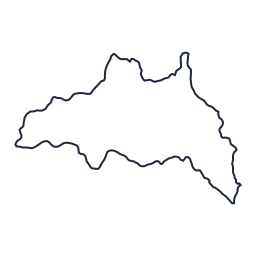 Divisópolis, Minas Gerais, Brazil
{"feature_id": "56859067B65548634153592", "entity_name": "Divisópolis", "entity_type": "district", "adm_level": 2, "iso_a3": "BRA", "parent_name": "Brazil", "parent_adm1": "Minas Gerais", "projection": "natural_earth1", "projection_center": [-40.905, -15.77], "detail": "fine", "context": "isolated", "style": "outline", "palette": "slate", "viewbox_px": 256, "rotation_deg": 0, "n_neighbors": 0, "source": "geoboundaries", "source_scale": "gbopen_adm2", "svg_char_len": 3572}
<svg xmlns="http://www.w3.org/2000/svg" viewBox="0 0 256 256"><path d="M19.6,129.8L20.2,132.1L20.8,133.8L21.4,135.4L21.4,137.4L20.2,139.0L18.6,140.0L17.1,141.2L16.1,142.7L15.4,144.7L16.5,146.3L18.6,146.6L21.1,146.9L22.8,147.5L25.7,147.5L28.0,147.7L29.5,147.9L31.3,148.2L33.1,147.8L34.7,147.1L36.7,145.9L39.0,144.4L41.2,142.7L43.2,141.8L45.0,141.2L47.5,141.2L49.5,142.7L50.9,144.3L52.3,145.5L53.7,146.5L56.1,146.9L58.2,146.5L59.9,145.5L61.7,144.4L63.6,143.2L66.2,142.7L68.8,143.0L71.2,143.4L73.4,144.1L75.1,144.9L76.9,145.5L78.3,147.7L78.5,150.3L78.9,152.8L80.8,153.9L83.2,154.2L85.3,155.9L86.0,158.4L86.5,161.0L87.7,162.7L89.1,164.7L90.4,166.9L92.0,168.2L93.6,168.5L95.9,168.9L98.4,168.8L100.0,166.6L100.8,164.9L102.0,163.0L103.7,160.4L104.9,158.4L105.7,156.3L106.4,154.3L107.3,152.0L109.0,150.8L110.6,150.5L112.3,150.3L114.7,151.0L117.3,152.1L119.5,153.7L122.0,154.8L123.9,155.4L126.0,156.8L127.6,158.8L128.9,160.3L130.7,160.8L132.6,161.2L134.4,161.6L135.8,162.7L137.6,163.4L139.3,165.1L140.8,166.0L142.5,166.3L144.7,166.1L147.0,164.9L149.2,164.3L151.4,163.8L153.5,162.7L155.6,161.4L157.7,161.1L159.3,162.0L160.5,163.7L162.3,163.8L163.9,161.6L166.4,159.9L168.6,158.5L170.7,157.9L172.8,157.3L174.8,156.5L177.0,156.8L179.2,157.6L180.6,159.7L183.1,160.7L184.5,159.2L185.7,157.2L187.9,157.0L189.9,158.7L190.7,161.0L191.5,163.0L192.2,165.6L193.1,167.7L194.4,169.2L195.6,170.3L197.6,170.5L199.7,170.2L201.1,172.1L202.5,174.5L203.5,176.3L204.8,178.1L207.0,178.5L208.3,179.4L209.5,180.7L209.2,182.4L210.4,183.8L211.9,185.5L213.4,187.2L215.3,187.8L216.6,188.6L218.2,190.0L219.8,191.2L221.0,192.3L222.5,194.0L224.2,195.2L225.8,196.4L227.2,197.9L228.6,199.3L230.2,201.1L232.0,203.2L234.1,203.3L234.1,200.5L234.5,197.8L235.7,195.0L236.9,193.0L237.6,191.0L237.7,188.1L239.1,186.1L240.6,185.1L239.4,183.5L237.7,183.8L236.2,182.5L236.0,179.9L234.7,177.9L234.5,175.6L233.3,173.4L233.0,171.3L233.0,169.5L233.0,167.6L232.8,165.8L232.1,163.8L232.7,161.7L233.0,159.2L233.0,156.8L233.2,154.4L234.1,152.4L235.5,151.0L236.5,149.6L235.8,148.0L234.7,146.9L233.0,145.7L230.8,144.1L230.1,141.1L229.2,138.6L226.7,137.7L224.3,137.7L222.4,137.7L221.2,136.2L220.9,134.1L220.2,132.5L219.4,130.5L219.8,128.5L221.9,126.1L223.0,123.4L222.7,121.2L221.5,119.4L219.8,118.2L218.9,116.8L218.3,114.3L218.4,111.7L215.9,110.6L214.3,108.8L212.4,107.2L210.7,106.3L209.1,105.9L207.4,104.9L206.0,103.4L205.1,101.8L203.9,100.6L202.6,99.7L200.9,98.7L199.2,97.8L197.6,96.2L196.2,94.9L195.0,93.4L194.2,91.6L193.1,89.4L191.9,87.3L191.4,85.6L191.1,83.5L190.9,81.1L190.6,79.0L190.7,76.7L190.9,74.2L191.0,71.5L190.8,69.4L188.9,67.4L187.7,65.2L187.4,63.1L187.6,61.2L187.9,59.4L188.0,56.4L188.6,53.9L187.1,52.8L185.0,52.7L182.7,53.5L180.6,56.9L181.1,67.0L179.5,68.7L176.4,70.8L174.9,75.1L172.2,74.0L170.7,74.7L168.4,77.5L164.2,78.7L161.0,80.3L158.9,80.8L156.8,81.3L154.3,81.8L150.1,79.8L147.5,80.1L144.6,80.6L142.8,78.6L141.3,75.5L140.8,73.7L141.7,70.2L140.2,67.7L139.0,62.9L137.9,61.7L135.3,60.4L133.5,59.1L131.5,58.9L129.9,61.6L126.8,59.1L121.3,59.1L119.9,58.8L117.9,57.2L115.3,54.6L113.7,53.8L111.2,56.2L110.4,59.0L108.1,63.2L106.5,66.6L105.3,70.4L104.9,74.9L104.9,78.4L103.9,80.5L101.1,81.3L98.4,84.5L95.3,87.6L92.5,90.9L91.5,92.7L89.9,93.9L86.3,93.9L84.3,93.3L80.7,93.0L77.8,93.3L74.8,93.8L73.3,94.7L70.1,98.7L68.5,99.9L65.4,100.5L61.1,98.2L57.0,97.9L55.0,97.0L53.1,97.3L52.0,99.3L50.7,102.8L47.9,105.2L45.5,108.9L42.8,110.4L41.0,110.6L39.2,110.6L37.2,110.3L35.7,110.8L33.7,111.4L30.6,111.5L27.0,113.8L24.7,117.5L23.7,122.6L23.4,125.6L22.5,127.1L21.1,128.1L19.6,129.8Z" fill="none" stroke="#1e293b" stroke-width="2"/></svg>